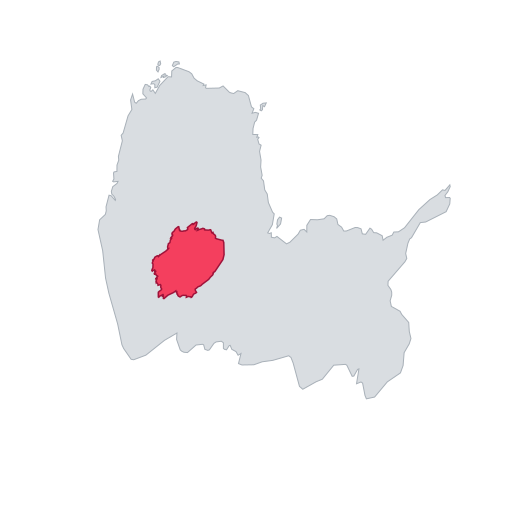 where Northern Savonia sits in Finland, rotated 115°
{"feature_id": "FIN-3178", "entity_name": "Northern Savonia", "entity_type": "Province", "adm_level": 1, "iso_a3": "FIN", "parent_name": "Finland", "parent_adm1": "", "projection": "natural_earth1", "projection_center": [27.676, 63.147], "detail": "fine", "context": "in_parent", "style": "filled", "palette": "rose", "viewbox_px": 512, "rotation_deg": 115, "n_neighbors": 0, "source": "natural_earth", "source_scale": "10m", "svg_char_len": 7416}
<svg xmlns="http://www.w3.org/2000/svg" viewBox="0 0 512 512"><g transform="rotate(115 256 256)"><path d="M199.9,222.0L197.2,215.6L193.5,210.0L189.4,208.5L188.0,206.4L187.4,201.9L188.3,198.5L192.8,195.1L193.7,190.6L196.3,187.0L195.1,184.6L188.2,178.1L187.3,175.9L187.0,172.3L191.0,169.0L190.0,165.8L182.6,164.5L182.9,162.5L185.1,159.2L184.0,156.4L184.3,150.2L188.0,147.5L183.7,145.3L179.6,141.4L176.0,141.2L173.9,137.1L167.6,133.3L145.1,128.0L131.3,122.2L124.0,117.5L117.2,114.9L116.7,112.4L109.6,110.4L111.1,109.3L116.7,109.3L121.3,110.3L123.0,108.9L121.2,105.3L121.6,104.4L126.9,102.4L135.5,102.4L153.5,116.6L156.3,121.2L173.7,122.8L175.6,123.9L180.3,123.7L190.5,121.4L194.5,118.3L198.3,118.6L223.0,125.6L226.9,124.0L229.3,119.7L231.3,117.8L234.2,116.4L239.9,115.5L244.5,112.0L245.2,102.1L247.4,99.2L251.7,89.5L259.6,85.2L265.3,80.7L270.9,80.0L281.0,80.9L293.1,76.4L300.9,75.7L314.6,83.8L333.7,88.9L338.8,95.6L336.3,98.3L326.1,105.7L325.8,107.6L329.3,110.9L314.8,115.0L315.8,116.0L323.5,116.6L324.4,118.0L316.6,127.5L316.4,129.1L322.1,139.4L339.6,143.8L344.5,148.3L357.0,157.3L355.8,161.5L337.3,177.1L333.2,181.4L332.6,184.2L343.5,196.7L349.2,205.6L355.5,212.0L360.7,222.7L360.9,226.4L350.7,228.4L353.5,230.3L351.1,233.7L350.8,238.5L347.9,241.6L348.5,242.4L353.5,243.1L353.9,245.2L353.5,246.5L348.4,248.9L347.9,251.4L350.7,255.8L352.9,257.2L360.8,258.6L361.9,259.8L362.2,262.9L358.6,265.9L358.6,267.1L362.0,272.7L372.5,277.3L373.7,280.7L373.7,283.0L373.1,285.0L365.2,292.7L359.2,295.1L371.1,303.3L392.4,313.9L401.7,323.0L402.4,325.5L395.8,336.8L393.1,340.0L376.0,352.7L351.8,373.7L339.6,383.0L316.0,397.2L298.8,410.4L289.3,413.0L282.0,410.1L278.4,410.8L274.8,412.7L263.0,414.9L262.6,412.7L265.1,407.0L264.1,407.1L262.0,409.8L260.8,412.9L258.6,414.4L253.7,415.1L248.9,412.6L246.7,412.6L249.0,416.4L248.9,417.5L246.3,417.3L241.0,420.2L239.8,420.2L238.1,417.8L232.4,420.4L227.1,420.9L223.9,422.8L208.1,425.8L203.6,429.2L200.7,428.4L183.0,431.2L175.7,430.4L167.6,435.6L161.4,436.3L167.9,431.0L168.2,429.1L164.9,428.2L162.5,426.3L160.3,422.3L159.0,422.0L156.8,427.1L152.6,428.9L147.3,428.9L146.7,426.6L147.7,424.6L146.9,424.2L147.7,422.6L150.4,422.4L151.2,421.6L151.2,420.6L149.0,419.7L151.2,416.0L142.0,415.3L130.7,411.5L129.4,408.2L123.9,410.5L119.0,408.2L118.3,406.7L117.3,394.7L118.0,391.3L121.0,387.3L122.1,383.3L122.2,375.9L123.8,375.9L122.0,373.5L124.7,372.9L125.1,372.0L119.3,360.3L115.8,357.7L118.9,349.2L118.7,347.3L118.2,344.9L113.9,342.4L112.5,334.9L113.8,330.7L122.8,323.1L123.4,320.2L128.3,319.9L126.1,317.3L125.6,314.0L132.7,312.9L135.3,313.8L141.6,312.6L147.2,310.3L145.2,305.7L148.0,305.5L147.2,304.5L147.4,303.3L149.5,303.8L153.2,300.6L153.4,298.2L159.7,297.0L166.9,292.0L173.4,289.4L180.3,284.5L183.2,284.2L184.8,280.9L192.4,276.0L195.1,272.0L202.3,267.4L209.3,259.5L210.1,257.3L220.7,254.4L230.1,255.2L229.9,253.3L228.5,252.0L232.5,250.0L231.7,246.8L229.4,245.3L232.1,233.5L229.2,231.1L218.4,227.1L213.9,226.7L211.5,223.7L212.8,220.1L206.7,222.9L199.9,222.0ZM138.2,416.9L144.7,416.9L146.3,418.8L143.4,420.1L143.1,421.6L144.6,423.9L141.7,423.9L139.8,421.3L136.7,419.5L138.2,416.9ZM218.2,250.6L214.1,251.8L210.8,251.1L210.8,248.8L216.6,247.3L222.3,249.0L219.4,249.4L218.2,250.6ZM117.1,311.4L116.8,313.4L120.7,312.0L122.2,312.6L122.0,314.3L120.7,313.9L117.4,315.9L114.6,314.2L112.9,311.4L117.1,311.4ZM119.3,410.6L118.8,412.3L115.0,412.4L113.5,410.7L112.7,407.9L114.3,406.6L115.2,408.2L119.3,410.6ZM134.4,417.6L132.4,417.8L129.5,416.0L129.2,415.3L130.3,414.9L129.9,412.8L132.1,413.9L133.3,415.3L132.1,415.6L134.4,417.6ZM129.6,424.8L126.7,426.1L125.7,425.8L126.0,423.6L127.7,422.7L130.6,422.6L129.6,424.8ZM123.8,426.0L121.3,426.4L119.8,425.3L122.1,423.6L124.0,423.8L124.4,424.8L123.8,426.0Z" fill="#d9dde1" stroke="#a8b0b8" stroke-width="1"/><path d="M273.2,284.5L287.4,286.7L288.0,287.0L288.7,287.6L289.0,287.7L289.4,287.7L290.2,287.6L290.5,287.4L290.4,287.3L291.1,287.2L291.9,287.4L294.4,288.4L297.2,289.0L304.5,292.9L305.5,293.2L306.5,293.7L308.5,295.6L310.5,296.4L311.0,296.8L311.5,297.1L312.2,296.9L312.7,296.5L313.3,295.8L313.7,295.1L314.1,294.5L315.0,294.9L316.6,296.2L317.2,296.5L319.4,296.6L320.2,296.8L320.7,297.0L321.0,297.3L320.9,297.4L320.5,297.9L321.0,299.1L321.2,300.1L321.8,300.9L322.5,301.3L322.9,301.7L322.6,301.8L322.0,301.9L321.4,302.1L321.2,302.4L321.3,303.0L321.6,303.4L321.9,304.2L322.2,305.0L322.6,305.7L323.1,306.3L323.9,306.8L325.1,307.4L325.3,307.9L325.2,308.2L325.2,308.5L325.1,309.4L325.0,309.8L324.7,310.2L323.7,311.0L323.9,311.4L323.9,311.5L322.4,312.4L322.2,312.5L322.6,312.7L322.5,312.9L321.4,313.9L322.1,314.3L322.9,314.7L324.2,315.5L328.6,319.2L333.5,321.4L333.6,322.0L333.3,322.2L331.7,322.8L331.4,323.0L331.2,323.3L331.3,323.4L331.8,323.7L331.9,323.8L331.5,324.0L331.0,324.0L330.6,323.8L330.4,323.7L330.2,323.9L330.4,324.3L330.9,324.6L331.7,325.0L332.4,325.8L333.2,326.3L334.5,326.7L334.4,327.2L330.9,328.9L330.0,329.2L328.8,328.7L327.6,328.0L326.4,327.5L325.7,327.6L325.0,328.7L324.5,329.2L323.0,329.7L322.3,330.5L323.9,332.4L323.4,332.6L323.2,332.8L322.9,333.2L322.6,333.8L322.4,334.3L322.0,334.8L321.6,335.2L321.4,335.4L321.3,335.5L321.9,335.5L321.5,335.8L320.9,336.0L318.1,336.2L317.7,336.4L319.2,336.7L319.2,337.2L318.8,337.3L318.6,337.1L316.4,336.8L315.8,336.5L315.7,336.7L315.8,336.8L315.6,338.2L315.3,338.7L315.0,338.9L314.7,339.3L315.2,339.8L315.4,340.2L315.1,340.7L314.5,340.8L312.5,340.3L312.2,340.5L312.3,340.7L312.8,340.9L312.8,341.1L312.8,341.3L312.6,341.4L312.4,341.4L312.0,341.4L311.6,341.6L311.5,341.8L311.5,342.1L311.8,342.1L312.1,342.4L312.3,342.7L312.4,343.0L312.6,343.3L313.4,343.6L313.5,343.6L313.4,344.1L313.0,344.4L312.0,344.5L311.0,344.5L310.2,344.5L306.9,345.9L306.5,346.5L306.3,347.0L305.4,347.2L303.6,347.1L303.2,347.3L303.8,347.3L303.7,347.7L303.5,347.9L302.9,347.8L302.3,347.4L301.6,347.0L301.1,347.1L300.1,347.2L299.9,347.2L297.8,345.8L297.2,345.0L297.8,344.2L297.0,343.9L295.7,343.7L295.8,343.5L295.8,343.4L295.1,343.1L291.6,341.0L290.6,340.3L290.1,340.1L289.3,339.6L288.8,339.5L288.7,339.5L288.1,339.1L287.3,338.8L287.1,338.7L286.2,338.5L286.5,339.1L286.3,339.3L286.1,339.4L285.0,340.0L284.3,340.2L283.6,340.2L282.1,340.6L281.6,340.6L281.5,340.4L280.9,339.9L280.5,339.8L279.9,339.7L278.4,340.2L277.4,340.3L276.1,340.0L275.7,339.9L275.4,340.0L275.4,340.6L275.6,340.9L275.1,340.9L273.2,340.2L272.6,340.2L272.1,340.5L271.8,340.8L271.5,341.1L271.9,341.2L271.5,341.5L271.0,341.7L270.1,341.7L268.5,341.0L267.8,340.7L265.9,340.6L265.1,340.3L262.3,338.9L262.1,338.4L264.9,336.3L265.3,335.9L265.2,335.7L264.9,335.7L265.2,335.3L265.3,334.8L264.9,333.6L264.3,332.5L263.7,332.0L263.4,331.3L263.2,330.8L262.8,330.4L261.9,329.7L261.0,329.3L260.3,329.2L259.7,329.8L259.2,330.2L258.8,330.0L253.6,327.4L253.3,326.9L253.9,326.4L254.0,326.3L253.4,325.9L251.6,325.2L250.7,324.7L250.3,324.2L250.6,323.6L253.9,323.0L255.5,323.1L256.6,323.3L256.9,323.3L257.5,322.9L257.8,322.5L257.7,322.0L257.2,322.0L256.4,321.6L255.7,321.1L255.4,320.8L255.3,320.2L255.6,320.0L256.3,319.9L257.6,320.0L257.2,319.5L256.4,319.1L255.4,318.0L254.5,316.9L253.4,315.9L253.2,314.8L253.2,314.1L253.4,313.8L254.0,313.6L254.0,313.2L253.5,312.2L252.7,310.1L252.0,309.1L251.6,308.8L251.4,308.2L251.7,307.8L253.5,306.0L253.7,305.5L253.1,305.2L252.8,305.0L253.7,304.2L253.9,303.8L254.0,303.4L254.3,302.1L254.6,301.6L255.1,301.0L255.8,300.7L257.0,300.3L257.1,299.1L256.1,293.5L255.7,292.6L257.4,290.9L268.3,285.5L273.2,284.5Z" fill="#f43f5e" stroke="#9f1239" stroke-width="1.5"/></g></svg>